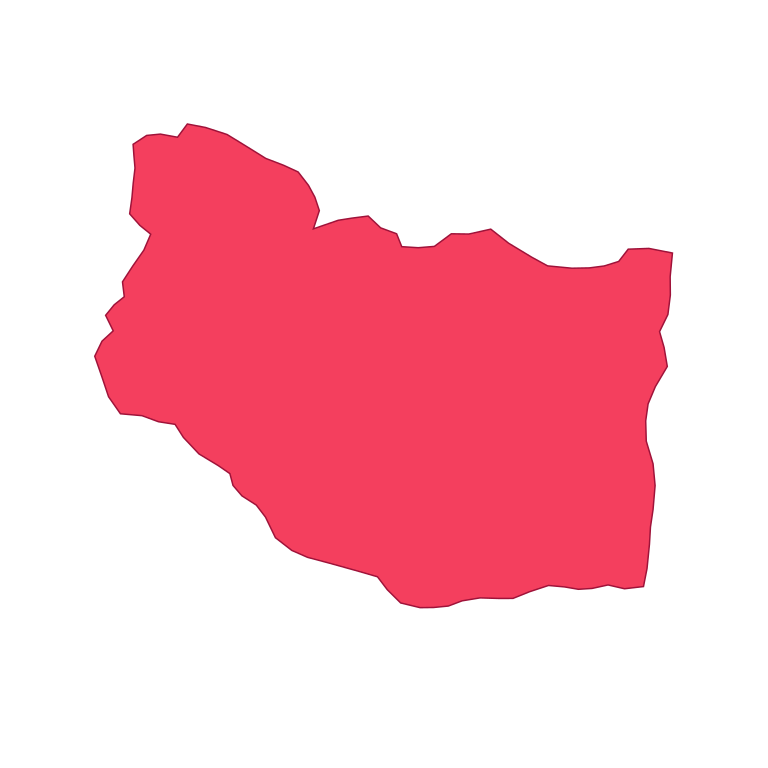 Igarapé, Minas Gerais, Brazil, rotated 283°
{"feature_id": "56859067B24887316666263", "entity_name": "Igarapé", "entity_type": "district", "adm_level": 2, "iso_a3": "BRA", "parent_name": "Brazil", "parent_adm1": "Minas Gerais", "projection": "robinson", "projection_center": [-44.318, -20.058], "detail": "fine", "context": "isolated", "style": "filled", "palette": "rose", "viewbox_px": 768, "rotation_deg": 283, "n_neighbors": 0, "source": "geoboundaries", "source_scale": "gbopen_adm2", "svg_char_len": 1433}
<svg xmlns="http://www.w3.org/2000/svg" viewBox="0 0 768 768"><g transform="rotate(283 384 384)"><path d="M576.5,635.6L575.7,611.6L570.3,591.6L556.2,585.1L548.5,571.9L543.3,557.9L539.1,541.1L535.9,516.8L540.8,499.4L549.2,473.8L558.9,453.2L549.2,432.9L545.5,415.8L529.4,402.1L524.5,386.7L521.8,370.4L533.2,362.5L535.4,345.6L544.1,330.8L538.4,315.4L533.2,302.5L519.3,280.3L538.4,282.0L550.5,274.6L560.6,265.7L571.3,252.6L574.5,237.2L577.2,218.1L585.4,194.1L591.8,175.0L593.8,152.4L593.1,133.9L578.0,127.3L577.2,109.9L572.8,96.8L561.1,85.6L549.8,89.1L538.4,92.8L523.0,94.5L508.7,96.5L492.6,97.9L483.6,110.5L477.5,123.0L460.4,119.9L442.5,112.7L424.7,106.2L410.6,111.3L400.5,103.3L388.3,97.3L374.9,108.2L362.3,99.6L346.0,95.9L327.4,107.6L309.6,118.5L295.7,133.9L298.7,155.3L296.5,172.7L297.7,189.5L286.8,200.6L274.2,219.5L267.2,240.9L262.0,254.0L251.2,259.7L243.0,270.8L237.3,286.8L227.6,298.5L209.8,312.8L201.1,331.6L197.9,348.5L197.2,369.6L196.0,397.0L194.7,421.0L184.3,433.5L174.4,449.5L174.2,469.5L177.4,482.6L182.1,496.6L190.3,508.9L197.2,525.7L200.9,544.2L204.1,557.9L214.3,572.5L224.7,589.6L226.9,605.6L227.7,619.6L231.6,632.7L238.6,647.5L238.6,664.4L245.0,682.4L263.3,681.8L287.6,678.7L304.6,675.8L322.2,674.4L346.0,671.0L366.8,664.1L387.3,652.4L406.9,647.3L424.0,645.8L442.5,649.0L464.8,656.1L482.6,648.7L497.0,640.7L515.6,645.0L535.1,643.0L552.9,638.7L576.5,635.6Z" fill="#f43f5e" stroke="#9f1239" stroke-width="1.5"/></g></svg>